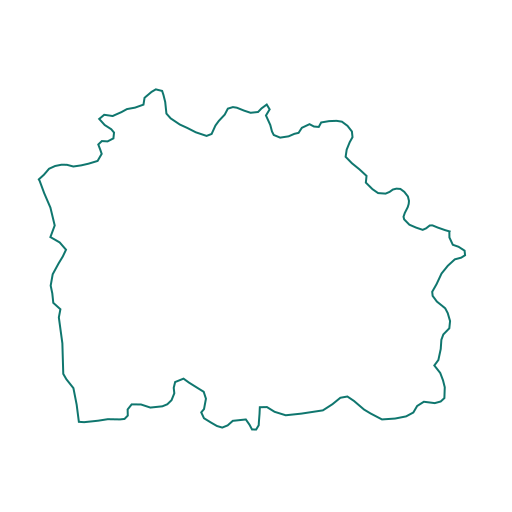 Svislach, Grodno, Belarus, rotated 354°
{"feature_id": "67162791B1668576645583", "entity_name": "Svislach", "entity_type": "district", "adm_level": 2, "iso_a3": "BLR", "parent_name": "Belarus", "parent_adm1": "Grodno", "projection": "mercator", "projection_center": [24.286, 52.932], "detail": "fine", "context": "isolated", "style": "outline", "palette": "teal", "viewbox_px": 512, "rotation_deg": 354, "n_neighbors": 0, "source": "geoboundaries", "source_scale": "gbopen_adm2", "svg_char_len": 2652}
<svg xmlns="http://www.w3.org/2000/svg" viewBox="0 0 512 512"><g transform="rotate(354 256 256)"><path d="M451.1,251.8L446.9,250.1L439.7,246.7L434.7,244.0L432.0,243.8L428.0,246.3L424.5,247.4L418.2,244.5L411.8,240.9L407.2,235.1L406.8,232.4L408.5,228.7L412.0,223.3L413.3,220.2L413.9,217.2L413.3,212.7L410.2,207.7L406.6,204.4L402.7,203.7L399.1,204.2L395.6,206.2L391.4,207.5L384.0,206.2L378.8,201.7L372.9,194.5L374.3,187.9L367.7,180.4L361.1,173.8L355.5,166.7L357.3,159.7L361.1,152.6L364.4,147.9L364.4,142.2L360.6,136.1L355.5,131.4L350.3,130.0L342.8,129.5L334.8,130.0L331.9,134.2L327.2,133.3L323.0,130.5L315.0,133.3L311.2,138.0L307.0,138.5L300.9,140.4L292.4,140.8L286.3,137.5L284.9,133.8L283.9,127.2L280.6,117.3L284.9,111.6L282.5,106.5L276.9,109.8L273.1,113.0L270.7,113.0L265.6,113.0L259.4,110.2L252.4,106.5L248.6,105.5L243.4,106.5L239.7,112.1L233.1,117.8L229.3,122.0L224.6,130.0L219.4,131.4L209.1,126.7L201.1,121.5L194.0,117.3L185.5,110.2L181.8,105.0L181.8,99.4L181.8,93.3L180.8,86.2L179.9,82.0L176.2,80.7L173.8,79.8L169.2,81.9L161.7,87.0L159.9,93.7L151.2,95.8L143.0,96.4L137.3,98.8L128.0,101.8L119.8,99.7L114.4,103.3L119.2,109.9L125.3,114.8L127.7,118.4L126.5,124.1L120.4,126.5L114.7,125.6L110.8,128.6L112.3,134.3L113.2,138.3L108.4,144.9L99.0,146.7L91.5,147.6L83.7,147.9L77.4,145.5L71.9,144.9L65.6,145.5L59.3,147.6L53.6,153.0L48.0,157.1L48.7,158.7L51.9,171.3L56.6,186.4L59.0,204.6L53.5,215.7L62.2,222.0L67.7,229.9L63.8,236.3L59.0,242.6L51.9,252.9L48.7,264.0L49.5,271.9L49.5,281.4L55.9,288.5L53.5,296.5L54.3,322.6L52.0,353.1L54.5,358.7L60.6,368.3L62.1,385.1L62.5,402.4L67.7,403.3L81.9,403.3L91.5,402.8L103.7,404.3L108.2,404.3L111.8,401.3L112.3,395.2L116.8,390.6L126.0,391.6L135.1,395.7L147.2,395.7L152.3,394.2L156.9,390.6L160.4,384.0L160.4,378.5L162.4,372.9L171.1,370.4L176.1,374.9L180.7,378.5L189.8,385.6L191.3,392.7L188.3,402.8L185.2,405.8L187.3,411.9L193.9,417.0L199.4,421.0L204.5,423.1L210.1,421.5L215.7,417.5L223.3,417.5L228.8,417.5L231.9,423.1L233.9,428.1L238.0,428.6L241.0,424.6L241.5,421.5L243.0,413.4L244.0,406.8L251.1,407.4L258.2,412.9L268.9,417.5L280.0,417.5L284.6,417.5L306.4,416.5L316.5,411.4L325.1,405.8L332.2,405.3L338.3,410.4L347.4,420.0L353.5,424.6L364.2,431.7L377.3,432.2L388.5,431.2L396.1,428.1L400.6,422.0L407.7,418.5L418.4,421.0L424.5,420.0L428.5,417.0L430.0,406.3L429.0,399.2L427.0,391.6L421.9,383.5L426.5,378.5L430.0,367.8L431.6,358.7L434.1,353.6L440.7,348.1L442.2,341.0L440.7,332.8L438.7,327.8L431.1,320.2L427.5,314.1L427.5,310.0L432.6,302.9L438.7,292.8L445.8,285.7L453.4,280.1L459.9,279.1L464.0,277.1L464.0,272.5L458.4,268.0L452.9,265.4L450.3,257.8L450.8,252.3L451.1,251.8Z" fill="none" stroke="#0f766e" stroke-width="2"/></g></svg>